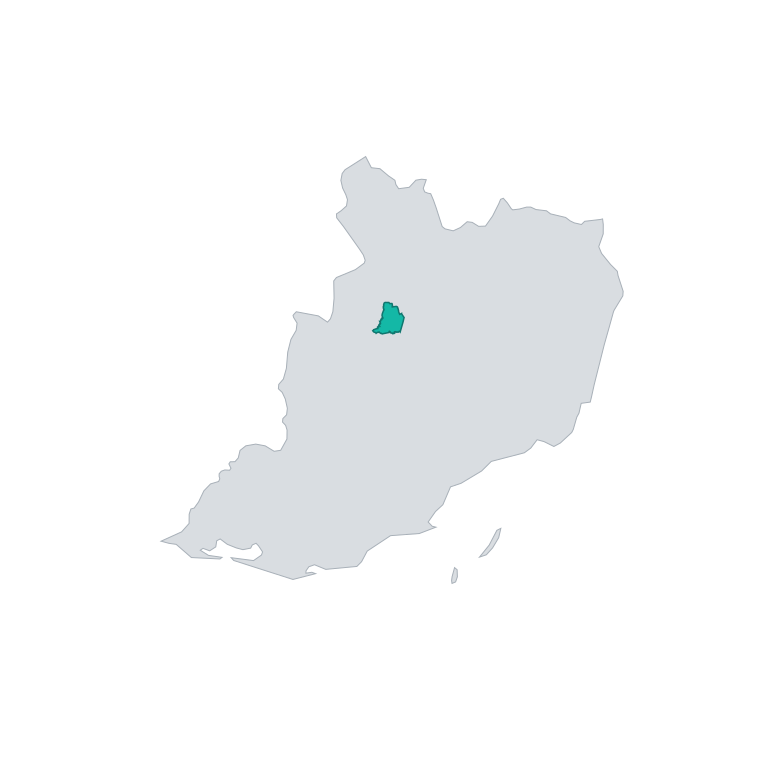 Teupasenti, El Paraíso, Honduras shown in context, rotated 151°
{"feature_id": "27666195B60931351506454", "entity_name": "Teupasenti", "entity_type": "district", "adm_level": 2, "iso_a3": "HND", "parent_name": "Honduras", "parent_adm1": "El Paraíso", "projection": "equal_earth", "projection_center": [-86.613, 14.281], "detail": "fine", "context": "in_parent", "style": "filled", "palette": "teal", "viewbox_px": 768, "rotation_deg": 151, "n_neighbors": 0, "source": "geoboundaries", "source_scale": "gbopen_adm2", "svg_char_len": 6403}
<svg xmlns="http://www.w3.org/2000/svg" viewBox="0 0 768 768"><g transform="rotate(151 384 384)"><path d="M655.2,354.6L632.7,352.8L622.1,356.5L617.5,364.6L613.5,368.3L610.2,367.5L603.4,370.7L593.3,377.9L584.1,380.7L575.9,378.9L573.6,380.7L573.0,383.1L571.7,385.4L568.6,386.6L564.9,386.0L560.8,383.4L558.7,384.5L558.4,389.3L556.2,390.5L552.0,388.3L547.3,390.0L542.1,395.7L534.8,396.9L525.3,393.6L517.9,387.5L512.7,378.4L506.5,376.1L495.6,382.9L491.1,390.7L490.1,395.5L491.2,399.9L489.2,402.8L484.1,404.3L480.3,409.6L477.6,418.8L477.1,426.0L478.7,431.0L476.2,434.7L469.6,437.1L461.8,445.0L452.7,458.6L443.8,468.1L434.8,473.5L430.5,479.4L430.8,486.0L430.3,488.1L428.6,488.8L425.7,489.7L408.4,475.4L403.4,465.5L399.2,467.0L393.7,472.0L386.1,483.2L378.0,498.5L374.0,500.2L353.6,497.9L342.7,499.3L340.5,501.3L339.5,506.9L340.1,514.4L343.1,541.3L344.8,552.3L343.1,555.8L337.6,556.3L330.5,557.9L326.6,562.9L325.6,568.1L325.2,575.4L323.0,583.0L318.5,588.4L314.2,590.3L289.8,591.8L290.2,579.3L283.2,574.3L279.2,563.9L275.7,556.9L276.9,552.7L276.5,547.7L266.6,543.8L257.3,546.8L251.9,544.9L248.0,542.2L254.8,536.1L255.3,532.3L253.1,529.6L250.9,527.8L251.6,520.9L253.0,512.6L256.8,493.5L255.4,490.1L249.2,484.4L241.3,483.8L232.6,485.6L228.5,482.6L224.8,476.0L218.7,472.9L207.7,478.2L196.1,486.1L192.5,489.0L189.6,488.6L188.3,482.6L187.7,475.6L187.0,473.9L180.8,471.4L173.6,469.6L169.9,467.6L166.5,462.9L157.9,456.7L155.9,452.1L144.4,441.6L142.1,436.4L139.5,432.7L134.0,427.8L129.6,429.0L115.0,423.0L112.8,422.4L114.9,417.2L119.5,409.0L129.6,400.0L130.4,392.7L127.9,378.6L125.3,369.5L126.7,365.5L129.9,349.1L132.4,345.3L146.9,337.0L148.3,335.9L159.7,324.3L172.5,311.4L185.7,297.3L200.5,281.5L208.7,272.2L212.4,268.2L220.9,271.5L227.6,264.0L231.5,261.5L240.5,252.5L243.3,250.6L258.4,246.9L265.7,247.0L272.0,256.1L277.1,261.0L286.7,256.8L294.6,255.8L327.7,264.3L340.8,260.6L364.8,259.8L375.7,261.8L391.0,249.9L400.8,247.5L412.3,241.9L410.8,236.2L408.0,233.6L425.6,236.1L451.8,248.2L479.7,246.0L489.7,239.5L496.2,237.6L524.8,250.1L532.4,259.6L538.3,260.6L542.8,258.4L544.0,256.4L538.4,254.3L535.8,251.3L558.4,257.2L601.0,302.5L601.9,306.2L583.7,292.8L574.1,293.8L571.6,296.0L572.2,303.3L573.1,306.7L577.2,307.1L580.2,305.1L587.7,307.5L592.7,312.3L598.8,319.8L602.4,327.9L606.3,328.0L610.1,323.1L617.3,322.6L622.0,328.0L625.3,327.7L620.6,319.2L609.7,310.9L612.3,310.5L636.6,325.6L643.5,344.5L649.2,348.8L655.2,354.6ZM370.1,192.1L356.2,201.3L351.8,201.1L358.2,194.0L368.5,188.0L377.3,185.0L384.4,186.3L370.1,192.1ZM417.9,182.4L411.3,189.2L410.1,186.1L413.3,179.8L417.3,176.2L421.2,176.6L420.2,179.3L417.9,182.4Z" fill="#d9dde1" stroke="#a8b0b8" stroke-width="1"/><path d="M368.0,436.0L367.8,434.6L367.4,434.1L367.2,433.8L366.7,433.4L366.5,433.0L366.4,432.6L366.3,432.3L366.3,432.2L365.9,432.3L365.3,432.3L365.1,432.4L364.9,432.4L364.6,432.2L364.2,432.2L363.9,431.9L363.7,431.9L363.4,432.0L363.0,431.8L362.9,431.6L362.9,431.3L362.8,431.0L362.7,430.7L362.6,430.3L362.5,430.0L362.4,429.9L362.2,429.8L361.9,429.8L361.8,429.6L361.8,429.4L361.6,429.2L361.4,428.9L361.3,428.7L361.2,428.7L354.6,426.6L354.5,426.9L354.3,426.9L354.2,426.9L354.1,427.0L353.9,427.5L353.7,427.5L353.6,427.4L353.5,427.0L353.5,426.9L353.3,426.8L353.2,426.3L353.2,426.0L353.2,425.8L353.2,425.7L353.2,425.2L352.9,425.1L352.7,424.9L352.3,424.5L352.1,424.4L352.1,424.1L352.0,423.9L352.0,423.7L351.9,423.6L351.6,423.6L351.5,423.8L351.4,423.9L351.3,423.7L351.2,423.7L351.0,423.8L350.9,423.8L350.8,423.6L350.6,423.6L350.5,423.3L350.4,423.3L350.2,423.3L350.2,423.6L350.0,423.9L350.0,424.0L349.8,424.1L349.8,424.4L349.7,424.5L349.2,424.5L349.0,424.3L348.8,424.3L348.6,424.0L348.4,423.9L348.4,423.5L348.4,423.4L347.9,423.3L347.6,423.3L347.5,423.2L347.4,423.2L347.2,423.0L347.2,422.9L346.9,422.9L346.7,422.7L346.3,422.5L346.1,422.3L345.9,422.3L345.7,422.5L345.4,422.7L345.1,422.6L344.9,422.6L344.7,422.6L344.6,422.4L344.5,422.0L344.5,421.8L341.3,425.0L337.2,429.1L334.5,432.1L334.2,432.4L334.6,436.8L334.4,437.2L336.5,437.3L336.4,438.4L336.3,439.1L336.3,439.4L336.2,440.0L336.0,440.4L335.8,440.9L335.7,441.0L335.7,441.5L335.5,441.8L335.5,442.2L335.3,442.5L335.2,442.7L335.2,442.9L335.2,443.1L335.3,443.4L335.3,443.5L335.3,443.8L335.0,444.1L334.9,444.4L334.9,444.6L335.0,444.8L335.0,445.1L335.3,445.6L335.6,445.7L335.7,445.8L335.8,446.0L339.4,447.4L339.3,447.6L339.2,447.8L339.1,448.1L338.9,448.3L338.7,448.4L338.7,448.5L338.4,448.8L338.4,449.1L338.2,449.5L338.1,449.8L338.0,450.2L338.0,450.4L338.0,450.5L338.3,450.7L338.5,450.7L338.7,450.9L338.8,451.0L340.0,451.5L340.2,452.9L341.3,453.5L343.5,454.8L344.7,454.7L346.0,453.4L345.9,453.2L346.1,452.9L346.4,452.5L346.7,452.1L346.8,452.1L347.0,452.0L347.2,451.9L347.2,451.7L347.4,451.4L347.5,451.3L347.5,451.0L347.5,450.8L347.6,450.7L347.8,450.5L347.8,450.3L347.9,450.2L347.9,449.8L348.0,449.6L348.0,449.4L347.9,449.3L348.0,449.2L348.1,448.9L348.3,448.8L348.4,448.7L348.5,448.6L348.7,448.4L348.8,448.4L348.8,448.5L351.4,446.3L351.7,445.9L351.9,445.6L352.0,445.6L352.6,444.7L352.6,444.4L352.7,444.0L352.8,443.8L352.8,443.5L352.9,443.4L352.9,443.2L353.1,443.1L353.2,442.9L353.0,442.7L352.9,442.5L353.0,442.3L353.0,442.2L353.4,442.2L353.7,442.3L353.8,442.3L354.0,442.5L354.1,442.4L354.4,442.0L354.5,441.7L354.7,441.9L354.8,442.0L355.1,442.1L355.2,441.9L355.1,441.7L355.3,441.5L355.5,441.8L355.6,441.7L355.7,441.4L355.8,441.4L356.0,441.3L356.3,441.2L356.5,441.1L356.8,440.9L356.7,440.6L356.9,440.2L357.0,440.2L357.2,440.4L357.3,440.4L357.4,440.5L357.4,440.4L357.4,440.0L357.4,439.6L357.5,439.3L357.7,439.1L357.8,438.9L358.1,439.0L358.1,438.9L358.2,438.7L358.0,438.4L358.3,438.3L358.5,438.4L358.7,438.2L358.8,438.2L359.0,438.2L359.2,438.4L359.3,438.4L359.5,438.4L359.7,438.2L359.8,438.1L359.8,437.9L359.7,437.7L359.8,437.5L359.8,437.4L360.0,437.7L360.4,437.6L360.5,437.5L360.7,437.4L360.5,437.0L360.4,437.0L360.4,436.9L360.5,436.8L360.8,436.9L360.9,436.5L361.0,436.5L361.3,436.5L361.3,436.8L361.2,437.0L361.3,437.1L361.6,437.0L361.8,437.0L361.8,436.7L362.1,436.7L362.3,436.3L362.3,436.2L362.3,435.9L362.3,435.7L362.5,435.5L362.8,435.8L363.1,435.9L363.3,435.8L363.5,435.9L363.6,436.0L363.9,436.2L364.0,436.2L364.4,436.0L364.5,436.0L364.8,436.1L365.0,436.2L365.2,436.3L365.4,436.3L365.5,436.3L365.6,436.2L365.8,436.2L365.9,436.3L366.1,436.3L366.3,436.3L366.5,436.4L366.7,436.5L366.8,436.4L367.0,436.4L367.3,436.2L367.5,436.1L367.9,436.0L368.0,436.0L368.0,436.0Z" fill="#14b8a6" stroke="#0f766e" stroke-width="1.5"/></g></svg>